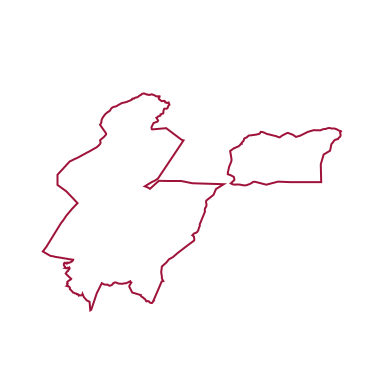 outline of Almoloya de Alquisiras, México, Mexico, rotated 262°
{"feature_id": "50627088B93704766177629", "entity_name": "Almoloya de Alquisiras", "entity_type": "district", "adm_level": 2, "iso_a3": "MEX", "parent_name": "Mexico", "parent_adm1": "México", "projection": "natural_earth1", "projection_center": [-99.868, 18.807], "detail": "fine", "context": "isolated", "style": "outline", "palette": "rose", "viewbox_px": 384, "rotation_deg": 262, "n_neighbors": 0, "source": "geoboundaries", "source_scale": "gbopen_adm2", "svg_char_len": 5950}
<svg xmlns="http://www.w3.org/2000/svg" viewBox="0 0 384 384"><g transform="rotate(262 192 192)"><path d="M283.9,181.3L283.6,180.4L283.7,179.7L283.8,179.4L284.1,179.3L284.3,178.8L284.3,178.1L284.7,177.9L285.3,177.9L285.8,177.7L286.0,177.4L286.2,177.0L286.2,176.1L286.1,175.8L286.1,175.2L286.2,174.7L286.5,174.3L287.7,173.1L288.2,172.7L288.7,172.2L289.4,172.2L289.9,172.1L290.2,172.4L290.3,172.7L290.6,173.1L290.9,173.2L291.3,173.2L291.7,169.9L291.9,169.6L292.8,168.6L293.7,166.9L294.3,166.0L294.3,165.1L294.2,164.4L294.0,163.9L294.2,163.1L294.2,162.6L294.3,162.1L294.8,161.6L294.8,161.1L294.9,160.5L295.7,159.3L296.3,158.2L296.3,157.7L296.2,157.4L296.2,156.7L296.2,156.3L296.0,155.9L295.6,155.5L295.3,155.1L295.0,154.3L294.9,153.7L293.6,151.5L293.4,150.6L293.3,149.1L293.2,148.6L293.1,148.2L292.7,147.7L292.5,147.4L292.8,146.3L292.6,145.8L292.2,145.6L291.9,145.4L291.8,145.0L291.4,144.2L290.6,140.8L290.3,140.0L290.0,137.2L289.9,135.4L289.7,134.5L288.6,131.7L288.0,130.2L287.6,129.5L287.4,128.6L287.2,126.6L287.0,125.7L286.7,124.9L286.2,123.9L284.7,122.6L284.0,122.1L283.4,120.8L283.2,120.7L283.0,120.3L282.8,119.5L281.4,117.3L279.9,115.6L279.1,114.9L278.3,114.1L277.4,113.5L276.5,112.8L275.0,112.2L273.7,112.0L273.2,111.7L272.3,111.1L271.4,110.3L270.5,110.7L262.3,114.9L261.3,115.1L260.8,114.8L260.4,114.3L258.9,112.6L256.1,108.2L254.0,108.3L252.9,108.1L251.9,107.2L250.1,104.7L249.4,103.4L246.3,95.5L245.8,94.0L241.5,82.5L241.1,80.7L239.8,76.9L239.3,75.2L227.8,61.2L217.7,59.8L210.2,67.6L196.9,77.1L195.9,75.8L192.1,71.0L186.3,64.5L181.2,59.9L180.9,59.4L179.0,57.6L158.9,40.9L158.2,40.4L153.9,36.0L148.9,42.3L148.4,43.1L147.4,46.3L146.9,47.2L145.0,53.5L144.5,54.9L144.1,56.3L144.0,56.6L143.4,58.5L142.4,61.5L141.5,64.9L140.9,64.7L140.7,63.9L140.0,63.6L139.4,62.0L139.0,60.5L139.3,58.9L139.4,58.7L139.1,58.6L138.7,58.4L138.6,58.5L138.5,58.3L138.5,58.1L138.5,57.9L138.7,57.7L139.0,56.9L139.2,56.7L139.6,56.5L139.7,56.3L139.6,56.1L139.3,55.5L138.4,55.0L137.4,55.0L136.8,55.1L135.8,55.8L134.6,56.2L134.4,55.7L134.0,56.8L134.1,57.8L134.3,58.1L133.9,58.8L134.3,59.8L134.2,59.8L133.6,60.2L132.5,59.6L132.3,59.2L131.9,58.6L131.2,58.4L130.9,57.8L130.8,57.3L130.2,56.9L130.0,56.6L128.9,55.6L127.5,56.5L123.4,59.8L122.8,60.3L122.4,59.9L121.6,58.3L121.4,57.8L120.8,56.6L120.2,55.9L118.9,56.2L118.4,55.4L116.9,55.9L116.4,54.9L116.0,55.7L115.9,56.1L115.8,56.5L115.5,56.8L115.0,57.4L114.5,57.5L114.0,57.8L113.0,57.5L112.6,57.7L111.8,58.4L111.0,58.9L110.3,59.5L109.6,59.9L109.2,60.0L108.9,60.3L108.8,60.9L108.7,61.0L108.2,61.6L107.8,62.1L107.8,62.8L107.1,63.7L106.8,63.7L106.6,64.0L106.8,64.5L106.7,64.7L106.3,65.1L105.7,65.3L105.7,65.6L105.2,65.6L105.3,66.1L105.3,66.6L105.0,68.0L105.6,69.1L106.3,69.4L103.0,70.3L99.3,72.7L97.6,75.3L89.0,74.8L89.5,75.9L105.0,83.6L114.3,90.0L112.9,91.7L112.2,93.6L112.1,95.4L111.7,95.7L111.2,96.6L110.6,97.2L111.0,99.6L111.6,100.2L112.1,100.9L112.3,101.4L112.8,101.5L113.2,103.3L113.0,104.0L111.5,106.7L110.8,110.1L111.0,112.9L110.8,113.7L110.8,114.1L112.2,118.4L111.3,118.5L110.8,119.3L108.2,117.1L107.0,116.7L100.8,118.8L97.1,126.8L97.0,126.7L96.7,126.7L95.6,127.3L95.1,127.8L94.7,128.4L94.4,128.7L94.1,129.2L93.7,129.4L93.2,129.6L92.6,130.5L92.1,130.9L90.9,131.1L90.5,131.3L90.2,131.5L90.0,131.9L90.0,132.4L90.2,132.9L90.1,133.3L89.9,133.6L89.7,134.0L89.4,134.2L89.1,134.4L88.7,134.8L88.1,135.2L88.0,135.6L87.7,136.4L87.7,136.9L87.9,137.4L89.9,138.7L89.9,139.0L90.1,138.9L99.1,144.4L107.6,149.5L107.8,151.2L109.6,150.4L110.9,150.2L112.5,150.4L113.9,150.4L116.0,150.3L117.8,150.5L119.6,151.1L122.4,151.8L124.6,155.1L125.6,156.6L128.6,159.9L130.2,164.1L133.7,169.5L140.2,181.0L143.6,187.3L144.8,187.7L147.6,187.7L149.1,186.3L150.7,188.4L151.1,190.5L151.7,191.6L153.2,192.9L155.0,193.6L157.3,195.0L158.8,195.1L170.9,202.2L171.9,202.0L174.0,202.6L175.7,204.1L177.3,204.6L180.0,204.5L181.5,204.9L186.2,212.9L191.6,216.2L195.3,224.5L200.6,193.6L204.4,182.8L206.3,169.4L207.7,160.7L201.0,150.8L201.6,150.2L202.4,149.2L204.1,146.3L204.2,146.1L205.4,148.8L207.5,153.7L208.2,156.0L208.5,156.9L208.8,157.6L209.7,159.4L210.2,160.3L244.3,190.8L245.1,189.0L258.8,175.3L259.5,161.6L259.7,161.0L261.4,160.8L262.6,161.4L265.7,163.6L266.5,167.6L267.5,168.4L270.5,167.1L270.7,168.0L271.3,168.5L271.5,169.0L272.0,171.3L273.2,171.6L273.3,172.4L273.6,172.8L273.8,174.4L274.1,174.6L276.6,175.1L278.1,175.9L278.4,176.6L278.1,177.6L278.0,178.2L278.3,179.1L278.9,179.7L281.0,180.8L281.5,181.8L283.9,181.3ZM218.9,235.7L217.1,235.3L213.7,233.4L211.9,232.3L208.3,231.0L206.7,230.3L204.6,229.9L203.8,231.6L203.3,232.5L202.1,234.2L201.1,235.5L199.5,235.7L198.0,235.6L195.1,231.6L193.7,233.8L193.2,236.4L193.2,237.4L193.1,238.3L192.6,240.7L191.7,243.1L191.4,244.2L191.1,246.4L191.2,247.1L191.9,250.4L192.4,251.8L192.7,252.5L193.4,253.8L193.5,254.5L193.4,255.5L193.2,256.2L188.9,266.6L190.3,278.6L188.1,290.6L183.8,321.3L201.6,323.4L210.8,327.6L213.7,334.5L220.0,336.7L221.7,338.7L222.9,339.6L223.8,341.1L223.8,341.9L224.0,342.3L224.1,343.1L224.0,343.8L224.9,344.5L225.4,345.2L225.9,345.9L226.4,346.5L227.3,347.0L227.9,347.1L228.9,347.0L230.3,346.9L230.6,347.2L230.9,347.5L231.3,348.0L231.6,347.8L231.8,347.3L232.2,346.4L233.0,345.1L233.7,344.5L235.0,342.1L235.2,341.0L235.3,339.9L235.5,338.9L235.8,338.3L236.0,337.6L236.4,336.5L236.1,334.3L235.8,333.1L236.0,331.0L235.5,328.7L235.2,328.1L235.4,326.4L236.3,321.0L235.4,315.0L232.7,306.9L232.1,302.6L234.6,299.9L237.2,295.2L236.8,293.2L235.3,289.0L233.9,286.5L234.4,285.0L235.3,283.7L236.6,280.6L237.0,279.4L238.1,276.9L238.9,274.5L241.2,271.0L242.0,268.5L240.3,267.0L239.9,263.9L239.9,259.1L240.0,256.1L238.8,254.2L238.6,254.1L238.5,253.6L238.3,253.3L238.1,252.4L237.7,251.2L235.9,250.4L235.7,250.2L235.3,250.0L235.1,249.8L234.9,249.3L233.6,247.9L233.3,247.8L233.0,248.0L232.8,248.0L232.8,247.8L232.9,247.5L233.1,247.4L231.3,245.5L231.1,245.0L231.0,244.8L230.8,244.6L230.6,243.9L229.9,241.2L229.7,240.9L229.4,239.8L229.5,239.6L227.3,235.5L218.9,235.7Z" fill="none" stroke="#9f1239" stroke-width="2"/></g></svg>